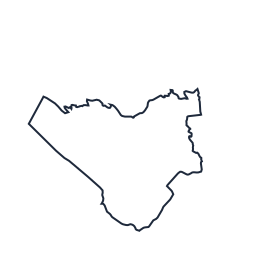 the Department of Cavally, rotated 133°
{"feature_id": "CIV-3459", "entity_name": "Cavally", "entity_type": "Department", "adm_level": 1, "iso_a3": "CIV", "parent_name": "Ivory Coast", "parent_adm1": "", "projection": "equal_earth", "projection_center": [-7.856, 6.298], "detail": "fine", "context": "isolated", "style": "outline", "palette": "slate", "viewbox_px": 256, "rotation_deg": 133, "n_neighbors": 0, "source": "natural_earth", "source_scale": "10m", "svg_char_len": 3397}
<svg xmlns="http://www.w3.org/2000/svg" viewBox="0 0 256 256"><g transform="rotate(133 128 128)"><path d="M58.7,95.5L59.9,93.4L66.6,86.4L68.4,83.6L69.0,84.0L78.0,91.7L78.9,92.2L79.5,92.2L80.6,91.3L81.3,90.8L82.5,90.2L83.1,90.1L85.3,87.7L86.0,87.3L86.1,86.5L86.1,85.9L86.0,85.3L86.1,84.6L86.2,83.8L86.2,83.1L86.0,82.1L86.2,81.8L87.2,82.0L87.7,81.9L88.1,81.7L89.1,81.5L89.4,81.2L89.3,80.3L88.7,78.6L88.6,78.1L88.9,77.4L90.8,75.9L91.3,75.9L91.6,76.2L91.6,76.8L91.8,77.2L92.1,77.5L92.7,77.4L93.2,77.0L93.9,76.0L94.3,74.6L94.6,72.1L94.7,70.9L94.9,70.4L95.9,69.3L96.4,68.3L97.0,68.0L98.1,67.2L98.9,66.2L99.6,65.7L100.2,65.4L100.6,65.1L100.6,64.3L99.8,61.3L99.5,60.9L99.2,60.8L98.9,60.7L98.8,60.3L98.8,59.6L98.9,58.8L99.7,56.7L100.1,55.1L99.8,54.2L99.9,53.9L100.6,53.4L101.1,53.0L101.5,52.2L101.8,51.6L102.0,51.2L102.5,51.4L103.3,51.2L104.3,50.4L108.0,45.8L110.0,44.8L112.4,46.2L112.8,46.5L113.6,47.3L115.5,49.7L116.3,50.4L117.0,50.8L118.3,51.1L120.5,51.9L121.2,52.4L121.7,53.0L122.1,54.1L123.2,58.1L123.5,58.9L124.4,60.0L125.7,60.3L127.2,60.5L142.6,60.2L143.9,59.9L144.2,53.4L144.4,52.5L145.6,49.7L151.5,48.4L161.2,48.4L162.1,48.2L164.8,47.2L173.4,45.3L174.7,45.4L175.2,45.4L178.3,46.5L185.4,45.5L186.4,45.5L186.8,45.8L189.1,47.8L190.4,48.6L194.7,49.6L195.4,49.6L196.7,52.4L196.6,53.6L196.2,54.2L195.9,55.0L195.5,56.4L195.5,57.3L195.6,58.3L196.0,59.4L196.4,60.1L196.7,60.6L197.2,60.9L199.0,61.8L199.6,62.4L200.3,63.3L201.4,65.2L202.0,66.4L202.4,67.9L203.9,78.5L203.9,79.2L203.8,79.9L203.6,80.5L203.4,81.1L203.2,82.7L203.5,86.3L200.6,92.2L200.3,94.3L200.6,94.8L201.4,95.7L200.7,95.8L198.2,96.6L197.8,96.9L196.3,98.0L196.1,98.3L194.9,100.6L194.6,101.1L194.2,101.4L193.8,101.7L193.4,101.9L192.8,102.2L192.1,102.9L191.0,104.0L190.6,107.9L191.0,124.3L192.2,148.7L193.3,154.0L193.7,165.1L192.6,203.4L164.4,210.7L162.7,211.2L161.5,207.9L159.8,198.2L159.9,193.6L160.5,188.4L160.1,184.1L157.1,182.4L156.8,186.1L156.4,188.1L155.7,189.0L154.8,188.3L154.3,186.6L153.7,184.9L152.3,184.6L152.6,182.5L151.9,182.9L150.8,184.2L149.7,184.9L149.0,184.4L147.8,182.3L147.1,181.5L147.9,180.2L147.4,179.4L145.4,178.2L145.1,178.2L143.2,176.8L143.1,176.3L141.5,176.0L140.1,174.5L139.1,172.9L138.5,172.3L137.5,173.9L136.4,176.4L135.1,177.3L133.5,174.2L132.4,172.7L128.7,170.2L127.5,168.1L127.4,167.2L127.5,163.7L127.7,163.1L128.5,162.5L128.7,161.9L128.5,161.1L128.1,160.7L127.6,160.5L127.3,160.1L127.0,157.3L126.6,156.1L125.7,155.0L124.9,155.0L123.7,155.4L122.8,156.0L122.8,156.6L121.8,154.9L121.5,152.3L121.8,149.5L122.2,146.9L123.4,142.1L123.2,140.5L121.8,138.1L117.7,133.7L117.3,133.1L117.1,131.6L116.9,131.2L116.4,131.0L115.9,131.1L115.6,131.4L115.1,131.3L109.1,129.4L107.6,128.0L106.0,127.5L103.5,127.6L99.2,128.4L98.2,129.0L96.1,130.5L94.8,130.9L93.3,131.0L92.6,130.6L91.9,130.0L90.9,129.2L89.8,128.7L82.7,126.5L81.9,126.1L81.7,125.6L81.7,124.7L81.6,123.7L81.2,122.7L80.5,122.2L80.1,122.6L79.8,123.1L79.4,123.2L78.4,122.0L77.5,120.7L76.5,120.2L75.3,121.5L74.4,120.9L73.2,120.9L72.1,121.5L71.1,122.8L70.0,121.3L70.3,120.5L71.2,119.9L71.6,118.8L71.4,117.8L70.6,115.5L70.4,114.4L70.9,112.3L71.6,111.5L71.7,110.8L70.5,109.0L67.6,106.9L66.6,105.0L66.0,104.5L65.5,105.6L65.1,107.9L64.4,110.2L63.2,111.4L61.5,110.7L58.8,105.7L57.8,104.5L56.7,104.1L54.5,104.2L53.6,103.9L52.1,103.8L54.3,99.9L54.8,99.7L55.9,99.4L56.3,99.1L56.5,98.6L56.9,96.8L56.8,96.6L58.4,95.4L58.7,95.5Z" fill="none" stroke="#1e293b" stroke-width="2"/></g></svg>